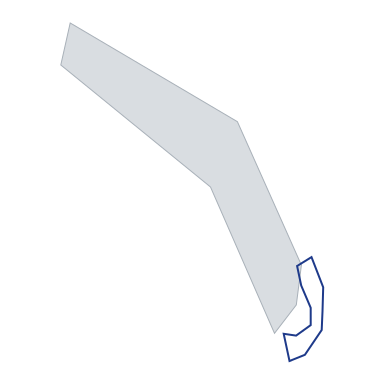 where Southampton sits in Bermuda, rotated 270°
{"feature_id": "BMU-5143", "entity_name": "Southampton", "entity_type": "state/province", "adm_level": 1, "iso_a3": "BMU", "parent_name": "Bermuda", "parent_adm1": "", "projection": "albers", "projection_center": [-64.851, 32.259], "detail": "fine", "context": "in_parent", "style": "outline", "palette": "blue", "viewbox_px": 384, "rotation_deg": 270, "n_neighbors": 0, "source": "natural_earth", "source_scale": "10m", "svg_char_len": 465}
<svg xmlns="http://www.w3.org/2000/svg" viewBox="0 0 384 384"><g transform="rotate(270 192 192)"><path d="M262.3,237.4L118.9,301.4L79.1,296.3L50.7,274.5L197.0,210.5L319.0,60.8L361.0,70.2L262.3,237.4Z" fill="#d9dde1" stroke="#a8b0b8" stroke-width="1"/><path d="M50.2,283.7L48.4,296.1L58.9,310.7L76.2,310.7L98.5,301.2L118.0,297.1L126.9,311.5L96.7,323.2L72.5,322.5L54.0,321.7L29.2,304.9L23.0,289.5L50.2,283.7Z" fill="none" stroke="#1e3a8a" stroke-width="2"/></g></svg>